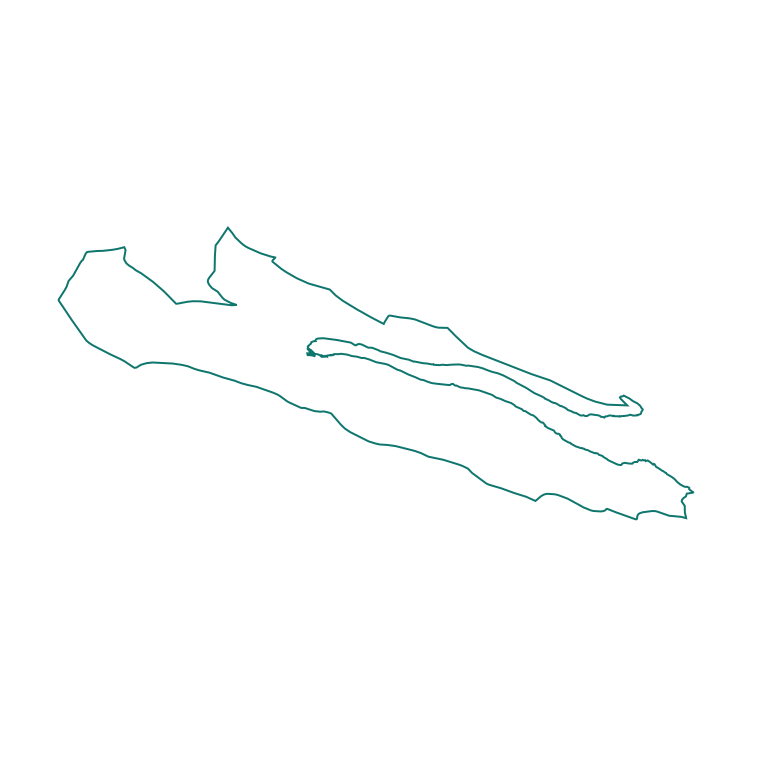 Seyðisfjarðarkaupstaður, Austurland, Iceland (Equal Earth projection), rotated 25°
{"feature_id": "244011B63317643398592", "entity_name": "Seyðisfjarðarkaupstaður", "entity_type": "district", "adm_level": 2, "iso_a3": "ISL", "parent_name": "Iceland", "parent_adm1": "Austurland", "projection": "equal_earth", "projection_center": [-13.887, 65.265], "detail": "fine", "context": "isolated", "style": "outline", "palette": "teal", "viewbox_px": 768, "rotation_deg": 25, "n_neighbors": 0, "source": "geoboundaries", "source_scale": "gbopen_adm2", "svg_char_len": 6141}
<svg xmlns="http://www.w3.org/2000/svg" viewBox="0 0 768 768"><g transform="rotate(25 384 384)"><path d="M710.8,351.6L705.9,350.7L704.9,350.2L704.7,349.3L704.1,349.0L702.1,349.1L700.5,349.9L698.8,350.1L694.7,349.8L690.6,348.7L687.7,347.4L684.6,346.7L678.4,346.1L677.2,345.4L676.5,345.5L674.0,345.0L672.3,345.0L669.7,344.5L665.7,344.1L662.9,342.3L662.5,342.3L662.0,343.3L658.3,342.3L655.2,341.9L653.7,343.3L652.8,342.7L651.7,343.4L650.4,343.5L650.0,344.3L648.7,344.8L647.1,344.9L646.8,345.1L646.9,346.1L646.4,347.7L644.2,348.7L643.0,350.1L642.8,351.1L642.4,351.4L639.2,352.7L635.7,353.6L633.9,355.0L633.5,355.6L633.4,356.6L633.1,357.2L632.1,357.7L629.6,358.3L619.4,358.3L617.2,357.7L614.2,357.5L612.3,356.9L608.8,357.3L607.3,356.7L605.2,357.0L604.6,357.6L599.3,358.0L596.7,357.8L594.0,358.4L592.5,358.1L591.6,358.5L591.0,358.3L589.5,358.9L584.2,359.5L578.6,359.1L577.7,358.6L575.9,359.0L569.7,358.5L568.1,357.9L567.2,357.2L567.0,356.7L565.2,356.2L565.0,355.6L564.6,355.4L563.1,355.3L562.3,355.8L561.0,356.0L559.4,355.6L558.1,354.6L557.5,354.4L551.1,354.6L548.2,354.1L547.9,354.1L547.9,353.5L544.8,352.0L543.9,351.9L542.6,352.4L541.8,352.2L539.4,351.6L536.5,350.3L532.9,349.4L529.5,349.7L523.8,348.9L521.7,349.4L519.8,348.6L512.5,348.7L511.2,348.0L507.2,347.5L501.5,348.2L495.5,348.3L491.4,348.9L486.4,348.2L472.8,349.6L461.8,352.5L459.5,353.5L457.3,353.9L454.8,354.8L450.2,354.8L449.1,355.4L446.6,354.8L445.3,355.4L444.3,356.9L443.3,357.5L431.4,361.6L426.8,363.0L421.8,363.6L418.4,363.7L415.2,364.6L409.8,364.6L402.0,365.1L393.7,364.9L389.9,365.4L380.0,364.8L377.0,365.2L367.9,367.5L360.1,368.0L354.8,368.8L352.9,369.9L348.2,370.6L343.2,372.2L338.2,372.9L332.0,374.9L330.9,375.8L326.0,378.1L325.8,378.6L326.0,378.8L325.4,379.5L325.0,379.7L324.7,379.5L323.1,380.4L323.3,380.7L322.6,380.9L319.8,382.8L320.4,382.8L320.7,383.2L320.1,383.2L319.2,383.8L318.8,383.7L318.4,384.0L318.7,384.2L316.0,385.4L314.7,385.0L315.5,384.4L317.1,384.6L315.4,384.3L314.2,384.8L315.4,385.4L316.4,385.5L316.0,385.7L313.6,385.0L311.8,385.0L308.2,386.0L307.8,385.7L307.2,385.8L305.9,386.5L307.9,386.7L309.3,387.8L309.2,388.1L307.1,388.4L303.3,389.6L303.1,390.0L302.5,390.0L301.5,388.6L303.5,387.8L305.1,388.2L306.1,388.1L304.4,387.4L304.4,387.1L305.5,386.9L305.3,386.6L303.9,386.8L303.1,386.2L306.4,385.2L303.3,384.1L301.0,385.0L300.6,384.8L302.4,383.8L301.2,383.9L300.0,383.6L299.1,382.2L299.3,381.8L300.4,381.8L299.4,381.6L300.1,379.4L300.6,378.7L300.7,378.0L300.5,376.7L302.5,374.7L303.7,374.1L303.3,373.9L303.7,371.9L305.1,370.6L309.8,368.1L322.8,364.0L336.5,360.5L341.1,361.1L342.2,360.8L342.5,360.0L343.3,359.5L343.7,358.8L344.4,358.3L347.1,357.6L354.3,357.7L357.9,356.2L364.8,355.7L366.9,355.9L372.4,354.8L379.8,353.8L388.2,353.4L396.2,351.5L401.4,351.2L401.9,350.8L410.4,348.7L415.1,347.0L418.5,346.2L420.4,345.2L420.8,345.6L423.8,344.5L426.4,343.4L428.7,341.9L433.0,340.3L435.8,338.6L442.8,335.0L445.4,334.0L450.8,332.7L452.8,331.6L462.3,328.8L466.7,328.1L474.2,327.6L478.6,327.0L482.3,326.2L488.2,325.8L501.2,326.3L503.5,326.9L514.4,327.4L523.9,328.7L533.0,328.6L535.7,328.9L535.9,329.2L541.4,329.2L542.5,329.5L545.9,329.4L546.7,329.0L549.0,328.9L553.0,329.4L554.1,329.0L558.9,329.1L562.0,329.9L564.6,329.5L567.8,329.7L570.4,329.1L575.3,329.5L577.0,328.8L577.8,328.0L579.2,328.1L581.1,327.5L581.7,327.1L583.1,324.9L584.5,324.0L591.6,321.8L593.3,321.7L594.2,322.1L596.5,321.3L597.9,321.3L598.3,319.9L600.1,318.8L601.1,317.6L603.1,316.6L605.5,316.2L605.5,315.8L606.0,315.6L607.0,315.6L609.8,314.3L611.2,314.0L611.2,313.5L612.1,313.3L613.2,312.5L615.2,311.5L618.7,309.2L620.1,307.8L623.2,307.3L626.6,305.5L627.0,305.2L626.8,304.9L628.6,303.5L629.4,302.3L629.0,300.3L629.4,298.1L629.0,297.5L627.6,297.0L625.4,295.5L621.9,294.5L616.9,294.3L612.4,293.4L606.2,293.2L605.6,294.2L603.8,295.5L603.5,296.5L605.0,297.5L613.5,300.6L595.0,308.4L582.8,310.7L574.1,311.4L568.3,311.4L533.1,310.5L513.6,312.7L461.0,316.1L451.8,316.3L444.7,315.6L428.7,310.3L417.9,306.3L409.9,309.8L407.3,310.5L404.0,311.0L384.7,312.4L379.4,313.7L370.8,316.7L360.9,319.3L359.8,319.9L359.2,321.0L358.4,327.5L358.4,329.7L343.4,329.0L327.7,327.8L311.5,326.0L302.6,324.1L295.0,321.3L273.3,324.8L260.5,325.0L248.6,324.0L242.6,323.1L231.4,320.3L230.8,319.7L230.9,318.6L232.0,315.8L231.9,315.3L227.1,316.4L217.1,317.7L203.4,318.0L199.6,317.7L195.6,316.8L187.5,314.1L182.9,311.4L176.5,308.3L173.8,325.4L172.8,329.5L176.5,339.1L182.5,352.7L182.6,353.4L180.7,361.5L180.5,363.7L180.9,365.4L182.2,366.9L184.1,368.2L187.7,369.8L194.2,370.6L200.9,374.0L203.8,375.0L210.7,375.3L217.2,374.6L212.4,377.1L183.1,386.5L176.3,389.5L171.3,392.4L162.7,398.6L161.6,399.1L145.6,393.1L131.7,389.1L117.3,386.3L110.9,385.8L107.2,384.9L102.9,384.4L99.5,383.5L96.3,381.3L95.4,380.1L93.2,371.9L90.8,369.8L85.4,374.2L80.9,377.3L73.0,382.1L67.6,384.8L60.4,389.0L58.9,390.2L58.5,392.7L58.7,398.5L57.9,400.5L57.5,402.8L56.5,417.1L54.6,423.9L55.2,429.9L55.0,433.6L53.5,444.8L53.9,445.8L74.2,458.1L95.6,470.3L99.3,471.4L103.7,472.0L123.0,472.8L134.7,472.8L139.4,473.1L150.3,474.8L151.3,474.7L152.7,473.7L155.6,469.3L160.2,465.3L165.2,462.3L184.0,454.7L192.7,452.1L198.8,450.8L205.8,450.4L210.8,449.7L221.0,447.5L235.6,446.1L246.9,444.2L254.5,443.6L261.3,442.4L269.5,440.5L287.4,438.7L292.2,438.6L295.0,438.9L303.3,440.6L305.5,440.8L318.9,440.7L322.4,439.2L332.6,437.9L337.8,436.1L340.9,434.4L343.1,433.8L347.1,433.1L348.8,433.1L361.7,438.9L367.3,440.9L373.7,441.9L394.2,442.5L401.1,441.6L405.7,440.6L412.9,437.8L420.6,435.4L439.8,431.7L446.8,431.0L455.0,431.1L469.8,427.6L486.0,425.4L489.6,425.1L495.9,425.2L501.4,427.4L518.6,430.9L521.8,430.9L534.2,429.0L547.9,427.8L560.6,426.1L570.7,426.0L573.8,419.2L575.7,416.6L577.6,415.0L578.7,414.4L585.3,411.8L588.5,411.1L599.1,410.3L617.0,411.5L624.9,411.1L627.4,410.6L634.1,408.0L636.2,406.7L637.7,405.3L638.4,403.4L639.2,402.8L648.0,402.3L669.1,400.3L670.1,399.8L670.2,398.9L669.5,397.1L669.4,395.6L669.7,394.1L670.5,393.0L672.7,390.9L680.4,386.0L683.1,384.7L685.3,384.2L698.0,382.9L709.5,378.8L714.5,377.9L710.8,373.0L708.1,367.4L703.5,364.7L703.2,363.9L703.1,362.8L703.6,360.9L705.1,358.4L704.8,355.4L710.5,351.5L710.8,351.6Z" fill="none" stroke="#0f766e" stroke-width="2"/></g></svg>